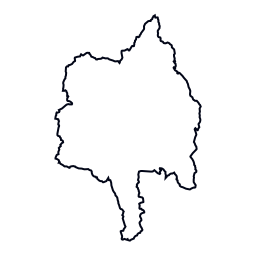 Tay Son, Bình Định, Vietnam (Natural Earth projection), rotated 180°
{"feature_id": "81297802B3478153063518", "entity_name": "Tay Son", "entity_type": "district", "adm_level": 2, "iso_a3": "VNM", "parent_name": "Vietnam", "parent_adm1": "Bình Định", "projection": "natural_earth1", "projection_center": [108.884, 13.946], "detail": "fine", "context": "isolated", "style": "outline", "palette": "ink", "viewbox_px": 256, "rotation_deg": 180, "n_neighbors": 0, "source": "geoboundaries", "source_scale": "gbopen_adm2", "svg_char_len": 5751}
<svg xmlns="http://www.w3.org/2000/svg" viewBox="0 0 256 256"><g transform="rotate(180 128 128)"><path d="M56.1,144.4L56.4,147.4L55.3,149.5L56.0,151.1L56.6,151.6L57.6,153.3L59.0,154.9L59.3,155.2L61.0,155.2L61.7,155.8L62.4,156.1L63.0,156.9L63.6,158.7L65.7,160.3L66.0,161.8L65.7,165.0L66.2,166.6L67.4,168.9L68.1,172.1L69.0,173.9L69.2,174.9L72.1,178.2L73.5,180.1L76.5,183.1L77.2,183.2L78.0,182.4L78.7,182.7L78.8,183.0L78.4,183.6L78.6,184.3L81.0,185.8L82.4,188.2L82.1,188.7L80.8,188.2L80.7,189.4L80.2,190.0L80.5,192.3L81.3,193.0L82.3,194.6L82.0,194.9L81.1,194.4L80.9,194.5L81.5,196.8L81.3,197.7L81.9,199.3L82.0,200.5L82.0,201.4L81.2,202.3L81.2,202.7L81.9,206.6L84.1,208.6L84.2,210.2L84.5,210.9L86.1,211.9L86.6,212.7L88.4,213.5L90.3,212.7L91.8,212.8L92.3,213.0L93.2,214.3L95.2,215.0L95.5,215.6L95.4,217.6L95.7,218.5L97.4,218.9L98.0,219.7L98.2,220.9L97.9,223.0L98.2,223.8L98.2,225.2L98.0,225.6L96.5,227.8L96.3,229.9L96.9,231.5L96.9,232.8L97.6,234.1L97.6,236.0L98.0,236.7L98.3,238.5L98.6,238.6L100.6,238.4L101.0,239.3L101.2,240.6L102.6,239.7L102.7,239.2L103.4,238.3L103.8,236.9L105.0,236.1L105.4,235.0L106.4,235.1L107.8,234.8L110.9,232.2L112.0,229.8L111.9,227.7L112.1,226.7L115.0,222.8L115.4,221.6L116.3,220.7L116.5,219.5L117.4,218.8L118.7,219.2L119.6,218.9L120.0,216.5L121.0,215.3L121.0,214.2L121.7,213.2L121.7,211.6L122.1,209.9L122.4,209.8L123.3,210.1L124.1,209.8L126.6,205.6L127.3,205.6L128.4,206.9L128.6,206.9L131.4,205.4L134.0,205.3L134.4,204.9L134.5,203.0L133.6,198.3L134.4,196.6L136.0,195.0L136.2,193.5L136.5,193.0L138.0,194.9L140.6,194.6L141.3,194.7L143.1,195.5L146.7,196.6L147.9,197.5L148.7,197.7L150.4,197.6L153.5,198.4L154.4,197.5L155.5,197.2L158.1,197.0L158.9,196.5L159.9,196.6L160.8,197.9L161.3,197.9L163.4,199.0L164.6,199.3L165.9,201.7L166.6,202.1L166.8,203.1L168.8,203.2L169.5,203.0L172.8,200.6L173.5,200.7L174.9,201.7L175.5,200.7L175.9,199.6L178.7,199.2L181.1,198.4L181.3,197.8L180.9,195.3L181.0,194.9L182.3,194.2L184.0,192.0L185.9,191.1L187.4,190.8L187.8,189.6L189.1,189.6L190.0,188.6L190.3,184.5L189.8,183.2L190.1,180.4L190.6,179.1L190.6,177.6L191.5,176.6L192.7,173.8L192.8,172.7L192.4,171.1L192.6,168.5L192.9,167.6L192.8,166.5L193.1,165.2L191.6,165.2L190.6,165.7L189.6,164.8L189.5,164.0L188.8,162.9L188.8,161.1L187.7,159.5L187.9,159.2L188.7,159.3L188.4,158.3L188.9,157.1L188.8,155.6L188.4,155.1L186.6,154.8L185.4,154.2L184.0,152.9L183.9,152.1L184.2,151.6L186.2,151.6L187.6,151.9L189.1,151.5L190.0,150.9L194.0,147.5L197.1,146.0L196.5,144.9L196.9,143.9L198.6,143.3L199.3,143.5L199.6,142.8L199.8,141.8L199.7,140.9L200.3,139.9L200.7,137.3L197.8,136.8L197.6,136.6L197.6,135.7L197.0,134.9L197.3,134.1L197.7,132.0L197.7,131.4L197.0,130.8L196.9,130.4L197.0,129.4L197.4,128.8L197.8,126.6L198.6,122.3L198.6,120.9L197.9,120.1L196.2,119.6L196.0,118.6L195.2,117.9L195.0,116.0L194.2,115.8L193.4,115.3L193.1,114.9L192.9,113.6L194.1,112.9L195.7,111.1L195.2,110.0L197.2,108.0L196.7,106.5L197.7,104.0L197.5,101.8L198.9,101.3L199.4,100.8L200.4,98.5L200.5,97.4L198.9,96.9L197.3,95.9L196.9,94.8L197.2,93.4L196.3,93.7L196.0,92.8L195.5,92.2L193.1,90.9L191.5,89.6L189.7,89.6L188.7,89.3L186.8,88.2L186.4,88.2L185.9,89.2L185.6,89.4L183.9,89.8L182.2,89.9L181.4,89.4L180.6,89.4L180.2,88.8L177.3,87.6L174.2,87.4L172.5,86.9L171.5,86.7L167.7,86.9L166.6,86.0L164.9,85.5L164.3,84.6L164.2,83.0L163.6,81.3L162.9,80.3L161.6,79.4L160.3,79.3L159.9,78.5L159.0,78.6L158.7,77.2L156.7,75.4L155.6,74.9L154.0,74.8L153.1,73.8L152.4,73.8L149.7,74.9L149.4,75.3L147.7,78.1L147.5,77.4L147.1,75.9L145.7,75.8L145.4,75.1L144.8,73.2L144.6,70.6L143.0,65.5L141.9,63.7L141.4,63.2L140.8,62.1L140.5,60.5L139.5,59.6L138.7,58.3L138.3,55.9L137.8,54.5L137.6,52.5L137.0,51.2L136.0,47.8L135.3,47.0L134.3,46.8L133.5,46.1L132.3,44.4L132.8,43.5L132.9,42.3L133.7,40.9L132.6,39.6L132.7,39.1L133.3,37.7L131.2,30.8L130.5,29.4L131.1,28.4L132.2,26.9L132.7,25.3L134.9,25.0L135.3,24.7L135.2,23.8L133.9,20.0L133.9,18.9L134.3,17.5L134.2,16.8L133.7,16.4L133.0,16.4L131.7,17.1L129.4,16.3L128.4,16.9L128.0,15.9L126.1,15.4L124.8,16.4L122.2,17.4L122.0,18.2L121.1,19.5L120.4,20.1L118.9,20.6L118.5,21.8L117.5,22.8L115.8,23.2L115.4,24.6L114.2,25.2L113.6,26.1L114.4,28.2L115.4,29.6L116.4,32.6L116.4,33.5L116.1,34.0L114.6,35.8L114.8,37.2L116.0,39.6L116.0,39.9L115.8,40.8L115.3,41.8L114.6,42.5L113.2,43.1L111.8,43.5L111.7,43.9L112.1,45.1L112.7,45.8L114.3,46.4L114.6,47.2L116.2,47.2L116.4,47.4L116.6,47.9L116.3,50.4L116.8,52.2L116.5,52.5L115.0,53.3L112.7,53.9L112.6,54.4L113.0,57.7L113.7,58.5L117.2,59.3L117.4,59.7L117.2,61.8L117.0,62.3L116.8,62.4L116.7,63.5L117.2,64.4L117.3,65.6L118.0,67.2L118.1,68.0L119.4,69.2L118.9,70.2L119.2,71.0L118.9,71.9L118.4,72.3L117.9,73.1L117.2,73.5L117.1,73.8L117.2,74.6L118.0,76.0L117.3,78.6L117.4,79.9L117.7,81.4L117.0,84.4L115.1,85.0L113.7,85.0L104.9,84.4L103.3,84.5L101.6,85.8L98.3,82.8L96.3,82.0L95.8,82.5L96.2,84.0L96.1,84.5L94.9,85.6L95.0,86.0L96.1,86.9L96.2,87.6L96.1,87.8L94.2,87.6L92.6,86.6L91.3,84.8L90.5,84.1L90.6,82.5L90.1,80.7L90.4,78.0L89.3,79.2L89.0,80.1L87.1,80.8L86.5,81.6L84.9,82.5L83.5,82.5L81.8,83.4L81.0,81.8L80.1,81.0L79.3,79.8L79.1,77.5L79.6,76.9L79.4,76.4L78.4,75.6L78.5,74.9L78.4,74.2L77.5,72.7L76.2,71.6L76.3,70.6L76.1,70.1L74.8,69.2L73.3,68.8L70.0,67.3L66.4,66.6L66.0,66.6L64.6,67.5L62.5,68.4L61.2,68.4L60.7,68.7L60.3,70.8L62.2,73.7L62.3,74.2L62.3,76.5L62.0,78.6L62.3,79.6L61.5,82.8L59.8,84.0L59.6,85.1L59.8,85.7L60.7,86.7L60.5,88.1L60.9,89.2L60.9,90.1L61.8,91.1L61.9,92.7L62.5,94.6L63.6,96.7L65.5,99.1L65.6,99.6L63.2,102.9L59.5,106.7L59.4,107.1L59.7,109.4L60.5,110.5L61.3,112.7L62.1,114.0L60.8,118.8L59.7,121.2L59.7,121.7L60.4,124.2L61.3,126.5L61.1,127.3L60.6,127.8L58.6,125.8L58.3,125.8L58.2,125.9L57.8,127.3L56.7,128.8L57.5,131.9L56.0,134.1L55.7,135.5L55.7,136.8L56.4,138.8L56.2,140.7L56.6,142.5L56.1,144.4Z" fill="none" stroke="#020617" stroke-width="2"/></g></svg>